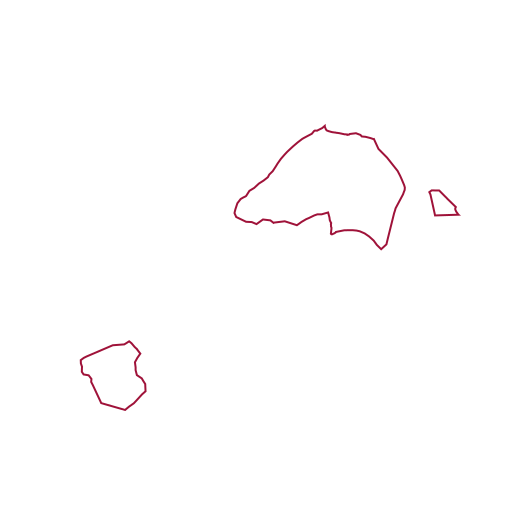 outline of Eyal Surayh, Amran, Yemen, rotated 249°
{"feature_id": "15242507B30874403797275", "entity_name": "Eyal Surayh", "entity_type": "district", "adm_level": 2, "iso_a3": "YEM", "parent_name": "Yemen", "parent_adm1": "Amran", "projection": "robinson", "projection_center": [43.972, 15.733], "detail": "fine", "context": "isolated", "style": "outline", "palette": "rose", "viewbox_px": 512, "rotation_deg": 249, "n_neighbors": 0, "source": "geoboundaries", "source_scale": "gbopen_adm2", "svg_char_len": 2681}
<svg xmlns="http://www.w3.org/2000/svg" viewBox="0 0 512 512"><g transform="rotate(249 256 256)"><path d="M352.8,366.8L351.7,363.7L351.2,358.4L351.1,357.9L351.4,357.3L352.0,355.9L351.9,355.1L350.1,351.9L349.5,346.7L349.0,342.7L348.7,341.0L347.1,335.6L345.2,330.2L344.1,327.4L342.1,322.5L340.4,319.0L337.8,314.1L334.6,309.3L332.6,306.7L329.2,302.0L327.3,297.6L325.3,295.3L323.7,290.1L322.6,284.7L320.2,278.7L319.2,273.2L315.8,268.6L315.6,268.3L315.4,267.6L315.2,265.1L314.7,262.1L311.9,257.5L307.0,253.5L305.0,252.1L304.1,251.5L303.7,251.3L299.5,251.5L291.5,259.0L289.2,264.2L285.6,267.9L287.6,275.6L284.1,282.2L280.6,284.3L280.7,284.9L278.1,295.3L270.1,305.2L270.7,307.7L271.5,310.7L272.4,316.1L272.5,319.1L273.0,324.9L272.9,328.3L271.4,332.1L270.8,338.9L265.8,338.4L262.8,337.7L260.3,337.9L259.8,338.0L258.9,337.3L258.2,337.2L256.6,336.6L255.4,336.6L254.2,336.1L252.5,335.2L250.9,334.4L250.0,333.9L249.4,334.1L249.0,334.6L249.0,335.2L249.1,336.4L249.1,337.2L249.4,338.7L249.8,339.2L249.3,342.2L248.4,347.5L247.3,350.6L245.3,355.8L243.7,359.0L241.9,361.7L238.1,365.6L237.9,365.7L233.7,368.6L228.2,371.4L223.0,372.8L218.6,374.8L217.5,375.3L220.1,381.9L225.9,385.9L237.9,394.3L246.5,400.3L248.7,402.1L250.5,403.4L260.9,415.4L262.8,417.0L264.3,418.4L265.1,418.8L266.6,419.5L269.0,419.7L275.5,419.5L279.2,419.3L284.6,418.7L300.9,413.6L312.1,408.7L322.9,408.0L322.9,407.7L323.0,407.6L325.1,405.1L328.0,401.0L328.5,400.0L329.7,397.6L331.6,396.9L334.8,393.3L336.3,387.3L336.0,386.4L336.3,384.9L336.6,385.0L337.0,384.2L337.4,383.4L337.7,382.6L338.1,381.9L338.4,381.5L338.6,381.2L339.3,380.1L339.8,379.4L340.2,378.7L340.7,378.0L341.2,377.1L341.6,376.4L342.0,375.7L342.3,375.0L342.8,374.4L343.2,373.5L343.6,372.8L344.0,372.1L344.2,371.7L344.4,371.4L344.9,370.7L345.4,370.0L345.9,369.4L346.3,368.8L347.0,368.0L347.7,367.2L348.3,366.9L348.5,366.8L349.0,366.7L349.7,366.6L350.6,366.6L351.4,366.6L352.2,366.6L352.8,366.8ZM221.8,107.0L221.0,103.1L220.7,101.3L224.0,90.3L222.9,61.7L222.6,58.7L221.6,55.1L218.4,54.0L215.0,53.9L213.7,53.3L210.3,51.9L207.2,52.6L204.6,57.0L200.2,58.3L197.5,57.0L194.0,57.4L174.1,58.8L159.2,78.6L160.9,83.6L162.3,89.2L163.6,91.9L164.9,94.5L167.7,100.1L169.3,104.4L176.2,106.7L179.6,106.0L182.7,105.5L187.5,102.1L192.6,102.7L195.2,103.7L200.2,104.9L203.4,108.7L206.3,113.0L211.7,111.4L211.7,111.5L212.1,111.4L212.7,111.0L214.0,110.4L214.3,110.2L219.2,108.5L221.8,107.0ZM229.7,437.7L222.0,459.8L222.2,459.7L223.9,459.3L225.7,458.8L228.0,458.7L228.7,459.0L229.1,459.1L229.3,459.3L230.1,460.1L240.3,455.4L241.2,455.0L242.3,454.6L243.3,454.1L251.5,450.5L254.3,443.5L253.5,440.7L250.9,440.9L233.6,438.3L229.7,437.7Z" fill="none" stroke="#9f1239" stroke-width="2"/></g></svg>